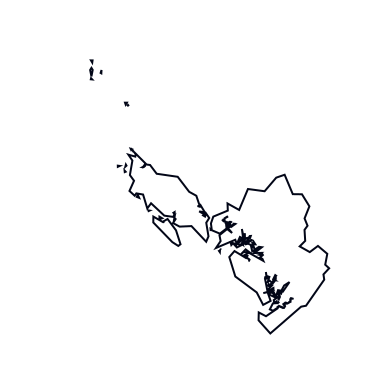 Kota Baru, Kalimantan Selatan, Indonesia (orthographic projection), rotated 126°
{"feature_id": "22746128B85816588264471", "entity_name": "Kota Baru", "entity_type": "district", "adm_level": 2, "iso_a3": "IDN", "parent_name": "Indonesia", "parent_adm1": "Kalimantan Selatan", "projection": "orthographic", "projection_center": [116.169, -3.525], "detail": "fine", "context": "isolated", "style": "outline", "palette": "ink", "viewbox_px": 384, "rotation_deg": 126, "n_neighbors": 0, "source": "geoboundaries", "source_scale": "gbopen_adm2", "svg_char_len": 5882}
<svg xmlns="http://www.w3.org/2000/svg" viewBox="0 0 384 384"><g transform="rotate(126 192 192)"><path d="M161.6,58.4L171.4,61.4L172.7,72.9L165.0,71.7L156.5,78.7L151.4,78.7L147.2,85.4L134.6,88.6L129.2,101.7L134.5,109.2L123.6,127.2L130.9,132.3L148.7,133.7L156.7,148.5L178.8,143.3L180.4,156.5L186.0,152.1L199.4,160.3L206.3,158.2L211.3,153.5L209.3,145.0L201.2,142.6L196.8,146.6L197.2,146.5L197.3,146.7L196.4,147.6L197.1,149.1L197.0,150.0L196.5,150.4L196.0,150.5L195.2,149.5L194.1,150.2L191.3,149.1L190.7,148.4L193.9,150.0L195.3,149.5L196.5,150.2L196.2,147.5L197.3,145.3L196.0,145.6L196.4,143.7L195.8,143.3L195.0,144.2L194.1,144.1L193.9,143.7L194.1,143.1L193.3,142.9L193.3,142.7L194.1,142.9L194.9,144.2L195.5,142.4L196.2,143.2L196.7,142.3L197.4,142.0L199.1,142.6L197.7,141.1L196.2,142.2L196.7,139.6L193.5,139.7L193.6,139.1L193.2,139.1L192.9,138.6L192.9,138.3L192.7,138.8L192.5,138.7L192.3,138.1L196.6,139.6L199.9,142.4L201.6,135.5L201.3,141.8L210.8,144.4L214.9,140.0L223.2,139.7L205.2,128.9L207.8,125.2L200.2,126.8L199.6,123.2L192.6,129.9L199.2,122.7L194.3,125.0L198.4,121.9L195.6,119.3L193.7,119.4L193.0,118.6L195.4,117.9L198.8,121.6L202.3,119.7L198.2,118.5L199.2,117.7L197.6,118.0L197.6,116.5L195.9,115.8L195.8,115.3L203.3,118.3L200.8,116.2L199.9,110.9L197.9,113.1L197.5,111.5L196.5,112.8L196.3,112.8L196.3,113.0L196.0,113.1L195.9,113.1L197.1,110.0L198.5,112.0L200.8,108.7L201.1,112.4L204.6,108.4L197.0,105.6L195.6,103.0L204.7,105.7L200.5,100.1L203.0,100.9L200.8,98.7L201.3,97.6L205.0,98.5L204.7,95.7L205.8,93.8L207.7,110.2L212.7,112.7L211.1,109.6L212.9,109.2L212.8,106.2L213.0,105.6L213.7,105.6L213.9,105.3L213.7,105.2L213.6,104.8L213.9,105.3L213.7,105.7L212.9,106.2L213.1,109.0L211.7,110.5L213.7,109.8L214.8,122.9L222.7,123.6L234.9,107.3L235.2,80.6L241.5,68.1L233.9,64.4L228.6,72.0L231.9,74.9L228.4,72.1L219.4,81.8L217.5,80.2L217.5,81.8L218.0,82.7L218.2,83.5L217.3,81.5L213.3,85.2L217.0,81.5L215.7,81.2L215.2,79.5L221.4,77.6L218.1,77.6L218.4,73.2L216.9,74.0L215.5,74.3L215.1,75.0L214.4,75.1L210.3,75.8L210.3,74.7L211.9,74.9L211.9,74.0L213.2,73.2L213.9,73.2L214.5,73.5L214.5,72.7L218.0,72.9L223.0,75.9L223.0,73.0L220.7,73.6L220.6,72.3L224.9,73.0L224.7,72.2L225.5,71.1L225.1,70.4L223.8,70.4L223.5,69.6L223.4,70.1L223.2,70.2L222.8,69.8L222.3,70.0L222.2,69.9L222.2,69.6L222.0,69.8L221.8,69.7L222.9,68.8L225.3,70.2L224.9,67.2L227.1,62.7L220.9,64.7L219.3,61.7L213.5,62.5L207.6,60.2L219.3,59.9L221.0,62.7L220.7,62.0L220.6,61.4L221.0,60.4L221.6,60.2L221.2,62.8L224.1,60.4L224.0,62.6L225.2,59.2L227.7,58.7L226.7,61.0L231.4,62.3L233.4,60.3L231.0,59.4L232.2,58.8L231.8,58.0L231.6,57.5L231.2,57.8L231.0,57.7L230.4,57.5L230.5,57.1L231.6,57.5L234.6,61.1L241.2,60.0L240.4,56.6L237.0,55.4L235.9,54.5L234.8,55.3L233.0,54.6L231.7,49.6L229.7,49.8L229.3,51.9L228.6,52.0L226.6,51.5L226.3,51.1L226.0,49.2L223.8,48.7L223.4,48.5L223.0,47.9L221.4,49.2L220.9,49.5L220.4,49.6L219.9,49.6L219.5,49.2L218.8,47.0L219.9,49.5L222.9,47.8L226.1,49.2L228.6,51.9L229.6,49.6L231.5,49.4L232.4,50.2L233.3,54.6L236.0,54.4L249.0,59.1L250.2,67.2L256.7,62.7L260.4,45.5L220.6,36.3L217.0,32.9L185.2,33.5L181.4,37.2L173.1,36.2L172.5,41.5L162.5,46.2L161.6,58.4ZM196.3,246.0L193.7,262.3L194.6,259.7L196.7,258.7L199.2,265.4L201.6,258.7L214.8,252.2L217.0,245.5L227.9,243.2L228.7,236.2L225.8,236.2L222.8,230.1L231.6,218.5L225.2,218.5L227.4,200.5L223.1,192.4L221.9,192.8L220.4,192.6L220.3,193.7L219.9,194.4L219.6,194.5L219.2,194.1L219.2,194.5L218.8,194.5L218.6,194.4L219.3,194.1L219.7,194.5L220.3,192.5L225.4,190.0L223.8,189.8L222.7,189.4L228.3,189.1L227.3,181.7L219.9,172.4L223.9,151.3L218.2,152.6L208.5,162.4L202.9,162.8L201.1,167.9L204.2,167.0L204.4,169.4L200.1,169.0L201.2,169.5L203.1,171.3L203.5,174.8L200.9,169.7L197.5,177.7L198.4,178.0L198.1,177.7L197.9,176.9L198.0,176.8L198.4,176.6L198.6,176.6L199.0,176.9L199.3,176.9L200.1,179.3L198.2,176.8L198.4,178.0L192.5,186.3L193.5,194.4L188.1,212.5L198.0,231.3L194.8,241.8L197.2,246.2L198.5,245.3L200.2,245.7L200.7,246.1L200.4,246.3L200.9,246.3L201.1,246.7L198.5,245.4L197.4,246.3L196.3,246.0ZM241.0,170.6L232.4,182.4L228.2,195.9L232.2,197.7L233.1,197.3L233.4,197.6L234.6,208.8L239.4,205.4L244.1,178.5L243.7,171.4L241.0,170.6ZM207.0,110.1L206.9,114.9L213.9,115.8L210.3,115.0L207.0,110.1ZM228.4,62.8L226.1,67.6L226.4,68.7L227.2,68.8L227.6,69.8L225.1,72.9L229.5,68.7L228.4,62.8ZM210.5,123.1L205.1,120.3L209.5,128.2L210.5,123.1ZM157.6,341.3L151.6,344.1L150.7,346.3L153.2,346.1L157.6,341.3ZM203.8,123.9L201.8,124.2L206.0,124.8L203.8,123.9ZM228.4,233.8L227.8,231.3L226.2,234.1L228.4,233.8ZM211.8,129.0L209.2,128.7L210.1,131.1L211.8,129.0ZM231.1,203.8L233.2,202.3L230.8,200.7L231.1,203.8ZM146.5,336.9L149.4,335.9L149.3,335.1L146.5,336.9ZM198.5,142.7L196.3,143.1L197.7,144.6L198.5,142.7ZM160.3,297.0L158.0,297.2L159.1,298.7L160.3,297.0ZM144.0,349.8L144.9,351.1L145.9,348.8L144.0,349.8ZM214.9,73.5L214.5,72.8L214.5,73.6L213.2,73.2L213.0,74.1L214.9,73.5ZM203.5,121.7L204.8,121.4L204.8,119.9L203.5,121.7ZM201.9,123.1L199.6,123.1L201.4,124.4L201.9,123.1ZM210.7,260.8L209.2,260.5L208.7,261.6L210.7,260.8ZM215.2,266.8L213.4,265.8L214.3,267.5L215.2,266.8ZM214.6,257.6L214.3,259.1L215.4,258.1L214.6,257.6ZM224.3,134.1L222.9,135.0L223.8,135.5L224.3,134.1ZM193.8,265.8L192.7,265.6L193.1,267.0L193.8,265.8ZM222.3,62.8L223.8,62.8L222.4,62.2L222.3,62.8ZM160.3,340.1L159.6,338.9L159.3,340.5L160.3,340.1ZM202.7,99.3L201.5,99.1L203.1,100.3L202.7,99.3ZM160.6,294.8L159.3,294.5L159.2,294.9L160.6,294.8ZM202.5,106.0L200.8,106.0L202.8,106.3L202.5,106.0ZM221.3,135.8L221.8,135.0L221.4,135.3L221.3,135.8ZM211.8,154.6L211.3,154.2L211.2,155.1L211.8,154.6ZM232.9,215.9L232.0,215.4L232.5,216.4L232.9,215.9ZM193.8,263.5L193.7,262.5L193.3,264.0L193.8,263.5ZM199.8,105.0L198.6,104.4L198.4,104.4L198.6,104.9L199.8,105.0ZM221.6,76.8L221.1,76.4L220.6,76.2L221.6,76.8ZM200.5,121.5L200.9,121.7L201.2,121.4L200.5,121.5ZM200.7,105.5L199.6,105.3L200.6,105.7L200.7,105.5Z" fill="none" stroke="#020617" stroke-width="2"/></g></svg>